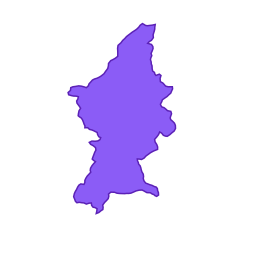 Borda da Mata, Minas Gerais, Brazil, rotated 230°
{"feature_id": "56859067B81433489923688", "entity_name": "Borda da Mata", "entity_type": "district", "adm_level": 2, "iso_a3": "BRA", "parent_name": "Brazil", "parent_adm1": "Minas Gerais", "projection": "equal_earth", "projection_center": [-46.16, -22.254], "detail": "fine", "context": "isolated", "style": "filled", "palette": "violet", "viewbox_px": 256, "rotation_deg": 230, "n_neighbors": 0, "source": "geoboundaries", "source_scale": "gbopen_adm2", "svg_char_len": 3100}
<svg xmlns="http://www.w3.org/2000/svg" viewBox="0 0 256 256"><g transform="rotate(230 128 128)"><path d="M110.3,42.2L107.8,41.4L105.6,40.6L103.6,40.8L102.4,42.9L100.5,44.5L98.9,46.1L96.5,47.2L95.4,49.9L94.1,51.7L92.1,50.4L89.8,50.3L88.2,51.6L86.1,52.4L84.5,50.8L82.9,48.7L82.0,51.4L82.0,54.1L81.7,56.3L83.2,57.9L85.2,59.1L86.0,62.2L86.2,64.6L86.6,67.4L88.1,69.5L89.9,70.6L89.9,73.6L87.4,76.4L85.2,77.6L83.5,79.2L81.5,81.4L79.9,83.2L78.7,85.0L77.4,86.5L76.2,88.4L75.3,91.3L74.6,93.8L73.2,96.6L71.4,98.9L69.9,99.6L66.4,100.9L64.0,103.5L61.9,104.1L60.4,105.0L58.8,105.2L57.2,106.0L57.0,108.3L59.0,109.8L61.1,110.5L62.8,111.6L64.7,111.6L66.1,110.6L68.7,109.5L70.6,108.2L72.2,107.4L74.5,106.1L77.4,106.3L79.6,107.3L80.8,108.7L82.8,110.0L85.6,110.5L87.7,111.4L89.4,112.3L91.3,113.0L93.4,112.9L94.9,113.7L96.8,114.2L98.3,115.2L96.9,116.7L95.2,118.1L94.6,120.9L95.0,123.9L94.8,126.5L94.6,129.5L93.9,132.9L92.6,136.9L94.4,138.5L96.8,139.4L99.9,139.8L102.2,141.1L102.6,144.0L103.3,147.1L104.6,149.7L102.3,150.5L99.7,150.4L97.8,151.4L96.4,152.7L96.0,155.7L96.1,158.5L96.0,161.4L97.1,164.1L99.6,166.0L101.9,166.7L104.5,166.5L107.0,166.1L108.6,166.8L109.7,168.4L110.9,170.5L113.2,171.5L115.9,169.4L118.3,169.1L120.4,168.7L122.3,167.5L123.8,167.6L125.4,168.1L126.4,170.7L127.5,172.4L127.3,175.2L127.0,178.2L127.2,180.4L127.2,183.1L128.1,184.8L129.3,187.3L131.1,188.5L132.3,187.1L133.7,185.3L136.0,183.7L138.2,183.7L140.1,183.6L142.7,182.6L145.3,184.4L147.0,187.0L149.1,186.6L150.3,183.2L151.9,183.2L153.6,184.0L155.8,183.5L158.0,184.7L160.2,186.4L162.1,187.0L163.7,188.2L165.9,189.1L167.1,190.6L168.1,192.7L170.3,193.6L171.5,196.1L172.8,198.3L174.4,199.4L176.9,199.7L178.7,198.5L180.2,197.5L180.5,199.7L180.1,202.3L180.9,205.5L183.2,207.1L184.4,208.9L185.4,210.5L186.6,212.1L188.0,213.3L189.8,215.4L191.2,212.7L192.8,210.3L193.8,208.7L195.2,207.4L196.8,206.9L198.7,206.2L198.9,203.4L198.3,201.0L198.1,198.0L198.3,195.9L198.7,192.8L198.9,188.2L199.0,185.6L198.6,183.1L198.5,180.3L197.8,177.4L197.7,173.5L195.8,171.3L193.8,169.8L191.8,168.2L189.5,166.2L189.6,163.1L190.1,160.4L190.7,158.1L190.0,154.6L188.2,152.9L186.6,150.7L185.8,147.2L185.0,144.5L185.1,141.0L185.4,138.8L186.0,136.4L187.1,133.8L187.6,131.6L187.2,129.0L186.9,126.6L185.8,124.7L185.7,122.0L187.6,120.9L190.0,119.2L192.0,117.3L193.6,114.5L195.0,112.3L195.7,110.1L193.8,108.1L193.7,104.9L191.6,103.9L189.3,105.4L187.5,106.8L185.7,108.8L183.9,110.1L182.4,108.2L181.7,106.0L179.8,104.9L176.2,104.7L173.6,104.4L172.7,101.6L171.0,99.4L169.4,97.7L167.7,98.0L165.7,98.6L163.6,98.4L161.1,97.6L159.1,96.8L157.3,96.4L155.9,95.1L154.2,97.3L151.7,97.6L149.8,99.0L148.1,99.9L146.2,100.7L144.4,101.5L142.5,100.5L140.0,100.0L138.2,100.9L137.1,99.0L137.5,96.6L138.9,94.4L141.2,91.9L141.9,89.1L139.5,88.9L136.7,90.0L133.8,90.5L131.7,89.2L130.8,86.9L129.7,85.0L128.6,83.0L127.2,80.6L125.4,80.8L123.1,81.4L122.8,78.9L122.3,76.3L121.3,73.5L119.8,71.8L118.1,71.1L117.7,68.4L117.4,65.9L116.6,63.4L115.6,61.3L114.0,59.9L113.1,58.0L115.5,55.9L115.8,53.7L115.1,51.4L114.0,49.1L113.3,47.0L112.2,44.7L110.3,42.2Z" fill="#8b5cf6" stroke="#5b21b6" stroke-width="1.5"/></g></svg>